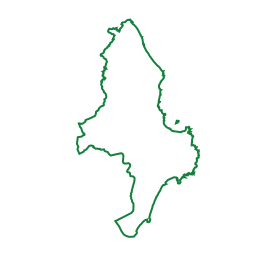 outline of Laem Ngop, Trat, Thailand, rotated 234°
{"feature_id": "78962969B48901516523989", "entity_name": "Laem Ngop", "entity_type": "district", "adm_level": 2, "iso_a3": "THA", "parent_name": "Thailand", "parent_adm1": "Trat", "projection": "natural_earth1", "projection_center": [102.364, 12.232], "detail": "fine", "context": "isolated", "style": "outline", "palette": "green", "viewbox_px": 256, "rotation_deg": 234, "n_neighbors": 0, "source": "geoboundaries", "source_scale": "gbopen_adm2", "svg_char_len": 5872}
<svg xmlns="http://www.w3.org/2000/svg" viewBox="0 0 256 256"><g transform="rotate(234 128 128)"><path d="M60.1,63.0L53.6,63.0L48.4,62.1L44.7,62.0L42.9,62.5L40.1,64.2L38.7,65.7L36.7,68.9L37.6,73.2L38.6,74.0L39.7,74.1L41.1,76.8L42.5,80.9L42.5,82.2L43.4,85.7L43.3,87.9L42.8,89.3L42.6,89.0L42.1,89.4L40.6,88.4L39.7,89.3L39.4,90.2L40.8,92.2L41.9,92.4L42.6,92.2L44.8,94.6L49.6,101.3L50.4,101.9L52.1,105.1L53.2,106.5L55.3,110.2L55.6,110.3L55.7,111.1L57.0,114.0L57.7,114.9L58.0,116.3L60.7,121.1L61.1,123.0L60.9,123.6L60.4,124.0L60.5,124.6L60.2,126.0L60.8,125.8L61.9,126.3L62.5,129.9L61.1,136.2L59.5,138.1L58.7,138.4L58.5,138.1L58.4,138.4L57.2,137.9L57.4,137.4L57.1,137.1L56.3,137.5L56.1,136.9L54.4,136.6L54.1,136.0L53.6,136.1L52.9,136.8L52.9,137.7L53.3,138.7L55.3,139.3L55.2,140.0L56.0,141.8L55.8,142.7L56.2,142.7L56.4,143.2L56.4,144.1L55.4,144.3L54.6,145.1L55.2,145.0L56.1,144.4L57.2,145.5L57.1,146.6L56.1,146.9L54.6,148.3L54.6,148.9L55.4,149.0L55.6,149.3L56.0,149.1L55.9,150.9L55.3,151.0L55.1,150.2L54.8,150.3L54.5,151.2L53.7,151.4L53.5,152.1L53.1,152.3L54.1,153.0L53.9,153.8L52.7,154.0L53.1,154.2L54.0,154.1L53.8,155.2L54.4,154.8L54.9,155.2L55.7,156.5L55.6,156.8L56.0,157.0L56.7,159.0L56.3,159.4L56.3,160.5L56.7,161.4L58.3,161.7L58.8,161.2L59.6,161.4L60.1,162.4L60.3,163.8L61.5,165.1L62.9,165.5L63.2,166.6L62.5,167.6L63.0,168.2L64.0,168.7L64.2,169.3L64.8,169.1L65.3,169.7L66.2,169.9L66.3,170.3L66.9,170.3L67.5,171.5L67.9,171.1L68.4,171.7L68.6,171.1L70.7,170.6L71.2,170.2L71.5,170.5L71.4,171.2L72.0,172.3L72.6,171.4L73.2,171.1L73.7,171.2L74.3,171.8L75.0,171.1L76.0,170.7L76.1,170.0L76.3,169.7L76.7,169.9L76.8,169.5L78.4,170.8L78.7,171.6L79.3,171.7L81.2,173.3L82.8,175.4L82.9,175.8L83.6,175.9L84.3,175.1L86.1,175.7L86.1,175.2L86.6,175.0L87.1,174.3L88.3,174.1L88.9,173.7L89.5,174.5L88.4,175.7L88.4,176.2L89.0,175.6L89.8,176.0L89.7,176.6L90.3,177.3L90.3,177.9L91.1,177.0L91.6,176.9L92.4,178.0L93.0,178.1L93.2,177.8L93.0,177.2L93.1,176.8L94.5,175.6L94.4,175.2L92.7,173.9L92.3,172.8L92.3,171.9L93.4,169.8L93.4,168.5L99.4,162.2L101.4,161.6L101.7,161.8L102.9,161.2L103.2,161.4L104.1,160.6L106.4,159.6L109.5,159.4L110.7,159.7L111.5,160.2L112.3,160.9L112.4,161.5L113.1,161.3L114.5,163.2L115.1,162.7L115.8,163.1L115.8,163.4L116.4,163.6L117.1,164.4L116.5,165.5L117.1,166.3L117.7,166.3L118.3,164.9L120.3,164.5L121.8,165.0L122.4,165.7L122.6,165.6L122.4,165.2L122.7,164.7L123.9,164.3L124.9,164.5L125.9,165.1L126.2,164.8L126.8,164.9L127.2,165.5L127.8,164.9L128.4,165.1L130.5,167.8L130.2,168.6L130.4,169.0L131.0,168.1L131.6,168.6L135.2,172.6L135.8,173.4L135.6,173.7L136.7,174.6L137.4,174.6L139.4,176.4L139.4,177.0L139.9,176.6L140.7,176.9L141.3,176.6L142.8,177.1L144.3,178.2L146.1,181.9L146.3,181.9L147.1,185.5L147.4,186.2L148.3,186.9L148.3,187.4L148.7,187.9L149.3,187.3L150.1,188.0L150.4,187.6L150.9,188.7L151.2,188.9L151.5,188.5L152.6,189.0L153.1,189.9L153.3,189.3L153.7,189.4L154.5,189.0L158.9,189.1L161.4,188.4L167.0,187.9L173.7,187.9L177.0,188.3L179.5,188.1L184.7,189.0L185.3,189.8L185.9,190.0L186.1,190.0L186.1,189.7L186.6,190.0L186.7,189.8L187.2,190.0L187.3,189.7L191.2,191.9L193.1,192.4L193.3,192.9L193.8,192.5L201.2,193.7L204.6,193.9L208.2,193.5L209.1,193.0L211.4,192.8L211.7,192.9L211.0,193.4L210.9,194.0L211.4,193.9L211.6,193.5L212.3,193.8L212.6,193.7L212.6,193.3L213.1,193.6L214.0,193.0L214.6,193.3L215.8,190.4L215.3,187.9L216.4,186.1L216.6,184.9L215.7,183.6L214.8,184.3L214.1,184.1L213.1,181.9L213.0,180.0L211.5,178.4L211.1,177.5L211.9,177.0L213.1,177.3L213.4,176.7L213.9,177.0L214.4,176.4L215.0,176.7L215.6,177.5L216.2,176.1L216.1,175.2L216.9,174.6L217.4,174.6L217.3,173.4L217.8,172.5L219.3,171.3L218.9,170.0L217.9,168.7L216.9,168.6L215.0,169.8L213.5,170.1L212.5,171.4L211.4,171.1L210.7,171.6L209.9,169.8L209.0,168.2L208.6,168.9L208.1,168.8L207.7,166.9L207.1,165.8L207.2,163.5L206.5,163.1L206.2,162.3L206.4,161.6L205.3,160.9L205.9,159.4L205.2,158.7L205.2,155.3L204.7,154.9L204.5,153.9L203.4,153.0L203.2,151.4L203.6,149.4L203.2,148.8L202.4,148.5L201.4,149.5L200.0,149.9L199.0,149.6L197.6,149.9L197.2,150.4L196.6,150.6L193.9,149.8L192.6,147.5L192.0,147.2L191.1,145.8L190.9,145.0L191.2,144.5L190.2,144.0L189.7,144.3L189.3,145.3L188.6,145.2L189.2,144.3L189.4,143.6L188.2,142.9L188.6,141.9L187.8,141.2L188.3,141.1L188.4,140.6L187.4,140.9L186.8,140.0L186.2,140.1L185.7,139.1L185.7,138.4L184.9,138.1L184.0,138.6L182.5,137.5L182.0,139.0L181.5,138.9L181.2,137.3L181.9,137.2L182.1,135.5L181.3,135.1L181.2,134.7L181.6,134.0L180.9,133.3L180.1,133.6L179.0,131.8L176.3,131.4L176.1,130.7L175.3,130.2L172.0,130.1L171.1,129.5L170.0,130.0L168.4,129.9L166.7,129.3L165.6,128.4L165.1,127.5L165.0,125.6L163.4,125.1L162.4,122.9L160.7,121.9L160.6,121.2L161.3,119.2L161.2,117.8L160.9,115.9L160.1,115.2L159.8,114.1L160.1,113.5L159.8,113.0L159.9,111.7L157.9,109.8L157.2,108.2L158.2,102.7L159.3,98.6L159.1,97.9L158.2,97.3L158.2,93.8L158.8,92.6L160.0,91.8L160.6,90.9L160.0,90.6L158.8,90.6L157.6,89.9L155.3,90.0L152.1,88.9L150.6,88.8L149.3,89.3L148.2,89.0L148.0,88.5L148.6,87.2L148.3,86.2L148.4,85.1L149.9,82.5L150.0,81.9L145.2,77.4L141.8,76.7L141.0,75.1L140.4,74.6L135.7,73.5L134.9,78.1L135.5,79.5L135.1,81.7L136.3,86.0L136.0,87.1L134.9,88.5L133.7,89.3L132.9,88.6L132.4,89.1L132.1,88.9L130.2,89.7L129.2,91.3L127.9,92.2L127.7,93.0L126.3,93.3L124.8,96.0L123.1,95.6L120.5,97.4L117.3,97.4L115.9,97.9L112.4,105.9L111.7,107.4L110.9,108.2L109.8,108.4L108.4,108.1L103.6,104.0L102.2,103.8L101.0,104.5L99.2,107.7L98.2,108.2L97.0,108.1L96.4,107.8L95.5,106.5L93.8,102.1L93.0,101.6L92.4,101.8L91.2,102.9L90.6,103.1L87.7,101.7L85.6,103.8L84.1,104.0L83.5,103.8L81.3,102.0L75.1,94.2L73.8,93.2L73.4,92.0L72.2,91.4L71.4,90.1L69.7,89.7L68.6,88.9L67.1,88.7L65.7,87.9L64.0,88.1L62.3,87.1L57.9,83.6L57.3,80.6L60.1,63.0ZM103.9,173.1L104.7,172.6L105.2,171.7L103.6,169.6L103.2,171.1L103.9,171.7L103.4,172.6L103.9,173.1ZM52.8,154.9L52.7,154.3L52.4,154.2L52.3,154.7L52.8,154.9Z" fill="none" stroke="#15803d" stroke-width="2"/></g></svg>